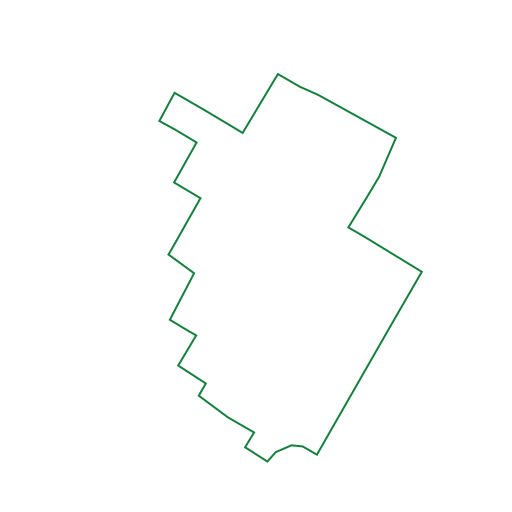 outline of Monte Belo do Sul, Rio Grande do Sul, Brazil, rotated 210°
{"feature_id": "56859067B3607200241980", "entity_name": "Monte Belo do Sul", "entity_type": "district", "adm_level": 2, "iso_a3": "BRA", "parent_name": "Brazil", "parent_adm1": "Rio Grande do Sul", "projection": "natural_earth1", "projection_center": [-51.645, -29.138], "detail": "fine", "context": "isolated", "style": "outline", "palette": "green", "viewbox_px": 512, "rotation_deg": 210, "n_neighbors": 0, "source": "geoboundaries", "source_scale": "gbopen_adm2", "svg_char_len": 642}
<svg xmlns="http://www.w3.org/2000/svg" viewBox="0 0 512 512"><g transform="rotate(210 256 256)"><path d="M143.4,83.7L140.8,96.1L130.6,109.8L120.4,114.4L103.9,114.4L104.5,262.1L104.5,325.2L172.4,326.9L190.3,326.9L189.4,360.4L189.0,386.2L193.9,428.3L247.6,427.3L282.8,426.6L302.7,424.5L328.0,424.5L329.1,355.9L372.2,356.6L388.1,356.6L408.1,356.6L407.2,324.6L387.6,325.0L364.2,324.6L363.7,278.7L333.0,278.3L332.5,226.3L332.5,213.5L301.0,210.1L298.7,157.7L279.2,157.3L268.1,157.3L268.6,122.2L235.7,120.5L235.7,106.4L199.6,102.2L189.0,102.2L180.0,102.2L169.4,102.2L169.8,84.9L143.4,83.7Z" fill="none" stroke="#15803d" stroke-width="2"/></g></svg>